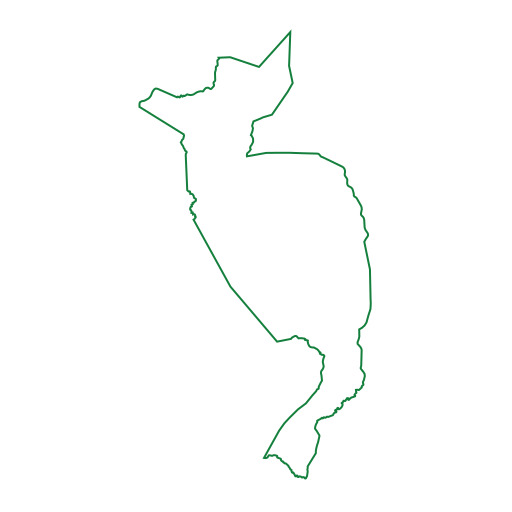 San Marcos, Ocotepeque, Honduras, rotated 269°
{"feature_id": "27666195B1401458590490", "entity_name": "San Marcos", "entity_type": "district", "adm_level": 2, "iso_a3": "HND", "parent_name": "Honduras", "parent_adm1": "Ocotepeque", "projection": "orthographic", "projection_center": [-88.963, 14.406], "detail": "fine", "context": "isolated", "style": "outline", "palette": "green", "viewbox_px": 512, "rotation_deg": 269, "n_neighbors": 0, "source": "geoboundaries", "source_scale": "gbopen_adm2", "svg_char_len": 6025}
<svg xmlns="http://www.w3.org/2000/svg" viewBox="0 0 512 512"><g transform="rotate(269 256 256)"><path d="M479.3,294.2L445.0,262.3L455.2,233.6L454.9,222.3L454.5,222.6L454.0,222.6L452.5,221.0L451.7,220.7L448.7,221.0L447.3,221.0L446.7,220.5L446.1,219.4L445.6,219.2L443.1,219.1L440.4,218.3L439.3,218.2L432.6,218.3L431.7,218.0L430.6,216.9L429.7,216.5L428.9,216.6L427.9,217.0L427.2,217.0L426.5,216.7L424.0,214.3L423.8,213.9L423.8,213.3L425.0,211.4L425.1,210.5L425.0,209.6L424.8,208.8L424.3,208.2L422.4,206.5L421.8,206.3L421.5,205.8L421.7,203.5L421.3,201.4L420.5,199.3L418.7,196.5L418.2,194.8L418.1,192.7L418.5,190.9L418.8,190.0L417.2,187.5L417.2,187.1L417.5,186.7L417.5,186.4L416.9,185.8L416.6,185.3L416.8,184.9L417.6,184.5L417.8,184.2L417.8,183.8L417.4,183.4L416.0,182.7L415.9,182.5L416.2,181.7L416.7,180.7L416.5,180.0L416.1,179.7L424.8,160.7L425.2,158.8L424.6,157.4L423.2,156.2L421.6,155.2L418.1,153.7L416.6,152.6L415.5,151.5L414.0,148.8L413.2,147.2L412.7,144.3L411.8,142.7L410.9,142.3L409.1,142.1L407.1,142.1L378.9,185.8L377.5,186.2L376.9,186.0L376.2,185.7L375.2,185.6L374.2,185.1L373.6,184.4L373.1,184.0L371.3,183.3L371.1,182.9L370.9,182.8L370.5,183.0L369.9,183.4L369.0,183.7L367.2,185.0L365.1,185.7L364.1,186.5L363.0,186.7L362.3,187.3L361.7,188.3L361.1,188.5L360.6,188.4L359.5,187.7L358.2,187.5L323.0,188.4L321.7,189.7L321.6,190.1L321.8,190.8L321.6,191.1L319.2,191.4L319.4,192.3L318.8,193.7L317.1,194.8L316.2,194.8L315.2,195.1L314.3,196.6L314.0,196.9L313.6,196.9L312.6,196.9L311.8,196.5L311.5,195.5L310.6,195.0L310.5,194.1L310.2,193.5L309.5,193.7L308.9,193.7L308.4,192.4L308.0,192.4L307.3,192.7L306.7,192.8L306.4,192.3L306.3,191.7L306.0,191.4L304.6,191.0L303.5,191.0L303.3,191.2L302.9,191.9L302.2,192.2L300.2,192.2L300.2,192.9L300.5,193.5L300.3,193.6L298.6,193.8L298.8,194.3L298.8,195.1L298.6,195.4L298.3,195.7L297.5,195.9L296.7,195.8L296.5,196.3L295.8,196.4L293.8,194.9L293.4,194.2L225.8,229.9L170.0,275.6L172.5,289.5L173.6,290.4L174.5,291.8L175.3,293.5L175.3,294.7L174.7,295.5L172.9,297.1L173.1,298.7L172.9,301.0L172.6,302.9L172.3,303.5L172.0,303.9L171.8,303.9L171.6,303.4L171.3,303.5L170.7,306.2L170.5,306.4L169.4,306.2L167.4,306.6L165.7,307.3L164.7,308.0L164.2,308.7L163.8,309.6L163.6,310.8L163.5,312.3L161.8,315.4L160.4,316.8L159.0,317.6L158.7,317.9L158.6,318.5L158.3,318.8L157.9,318.8L157.6,318.2L157.2,318.2L156.0,320.2L156.1,321.1L155.9,321.7L155.5,322.2L154.9,322.6L154.7,322.6L151.9,321.5L149.0,320.9L144.8,321.7L144.0,321.7L141.9,320.9L140.0,319.4L138.4,318.9L137.3,319.0L135.2,319.4L130.2,319.8L128.7,318.8L124.3,316.5L123.7,316.4L122.7,316.4L122.2,316.2L121.9,315.8L121.7,315.0L121.4,314.6L119.8,313.8L115.7,310.0L107.8,303.4L101.9,295.3L93.9,286.9L88.3,281.5L81.0,276.1L54.0,260.5L53.8,261.6L53.9,262.7L54.3,263.9L56.5,265.4L56.5,266.2L56.1,268.0L55.9,268.5L56.6,270.4L56.6,270.6L56.3,272.2L55.9,273.4L55.4,273.8L54.6,273.6L54.1,273.9L53.7,274.7L53.2,276.4L52.8,277.2L52.4,277.4L51.5,277.4L50.7,278.0L50.3,278.5L50.1,279.3L49.3,279.6L49.1,280.3L48.3,280.8L48.1,281.2L48.1,282.0L47.9,282.4L46.0,284.4L45.5,284.8L44.8,284.9L44.0,285.7L42.1,286.6L41.9,286.9L41.7,287.4L41.5,287.7L40.0,287.8L39.0,288.2L38.7,288.6L39.0,289.2L38.8,289.5L37.2,290.5L35.1,291.5L35.0,292.0L35.7,292.5L35.8,293.1L35.5,293.6L34.6,293.8L34.3,294.2L34.3,294.7L34.8,295.4L34.9,295.8L34.6,297.0L33.7,298.2L34.1,299.2L34.1,299.7L33.8,300.3L32.9,300.9L32.7,301.5L33.0,302.1L33.8,302.3L34.3,302.8L35.1,303.2L39.4,303.9L40.3,303.9L41.4,303.6L43.1,304.0L44.7,304.0L57.8,312.4L59.8,312.4L62.5,312.9L65.6,313.7L68.6,314.8L74.9,316.3L75.6,316.2L80.1,313.6L81.7,312.4L82.5,312.0L84.0,312.2L85.7,312.7L86.9,313.2L88.7,314.3L89.2,314.4L89.8,314.2L90.2,314.3L90.8,315.3L92.0,317.8L93.0,319.0L92.9,319.3L92.5,319.7L92.5,320.0L92.7,320.3L93.3,320.6L93.5,321.0L93.5,321.4L93.1,322.1L93.1,322.6L93.3,323.1L94.0,323.9L94.1,324.4L93.8,325.2L93.9,325.6L95.5,330.0L95.9,330.4L96.9,330.8L97.6,331.4L98.0,332.1L98.2,333.1L98.6,333.6L98.9,333.7L99.3,333.6L99.5,333.3L99.7,332.6L100.0,332.4L100.3,332.4L100.7,332.8L101.0,333.7L101.2,334.1L102.6,334.8L102.7,335.1L102.6,335.4L102.3,335.5L101.8,335.4L101.4,335.6L101.4,336.4L102.0,337.6L103.5,339.0L104.9,339.8L106.0,340.0L106.6,339.9L107.1,339.2L107.5,339.1L107.8,339.4L108.0,340.0L108.3,340.3L109.6,340.9L109.8,341.3L109.4,342.2L109.5,342.7L109.8,343.0L110.6,343.4L111.1,344.4L111.3,344.4L111.9,344.3L112.3,344.7L112.3,345.3L112.1,345.8L111.6,346.0L110.8,345.8L110.6,346.0L110.5,346.3L110.8,346.6L111.5,346.5L111.8,346.8L111.8,347.7L112.8,348.8L113.4,351.0L114.0,352.6L114.5,352.7L114.9,352.1L115.5,352.1L116.7,352.9L117.3,353.8L117.5,354.0L119.0,353.7L120.4,353.6L120.5,355.1L120.2,356.4L120.3,356.7L122.6,359.3L122.9,359.5L123.6,359.4L124.1,359.6L124.5,360.0L124.9,360.7L125.4,361.1L126.1,361.1L127.2,360.7L128.0,360.7L130.4,361.8L134.0,362.7L136.3,362.5L138.9,360.9L139.5,360.2L140.3,359.8L140.9,359.2L142.1,358.7L144.5,359.3L160.3,360.0L161.8,359.6L163.2,358.8L166.3,356.1L167.9,356.0L171.5,357.4L173.6,357.9L180.8,357.9L182.4,360.8L184.7,363.4L187.6,365.3L194.4,367.3L200.9,369.5L206.4,369.9L211.4,369.8L240.6,369.7L268.3,364.5L270.8,365.9L273.7,368.0L274.7,368.4L275.7,368.4L277.0,368.0L280.0,366.0L281.8,365.3L283.1,365.1L290.4,364.8L291.7,364.5L293.1,363.8L294.7,362.2L295.6,361.7L296.9,361.7L300.7,362.6L302.9,362.4L304.5,361.8L312.0,357.7L312.8,357.0L313.7,355.5L314.3,355.0L314.9,354.8L316.1,354.9L317.2,354.7L320.4,353.9L321.6,353.4L322.3,352.8L322.9,352.2L324.3,349.7L324.9,349.1L325.7,348.7L327.2,348.4L330.5,348.6L331.2,348.5L332.1,348.1L333.8,346.9L335.1,346.2L336.3,346.1L338.4,346.5L340.1,346.4L341.6,345.9L343.0,344.9L343.9,343.6L353.7,324.2L354.0,323.2L354.6,322.4L355.8,321.5L356.6,320.8L357.1,320.0L357.3,319.1L358.0,303.3L358.6,291.7L358.8,280.9L358.9,268.0L355.8,248.7L356.9,248.6L358.8,249.0L360.7,251.2L362.7,252.6L364.1,252.0L365.6,252.3L367.3,253.6L370.1,255.1L373.5,255.1L376.4,253.7L376.9,253.0L381.1,254.7L383.8,255.2L386.2,254.4L390.6,255.8L393.3,262.8L394.5,265.4L397.0,274.4L419.7,290.6L428.3,295.7L445.5,292.4L479.3,294.2Z" fill="none" stroke="#15803d" stroke-width="2"/></g></svg>